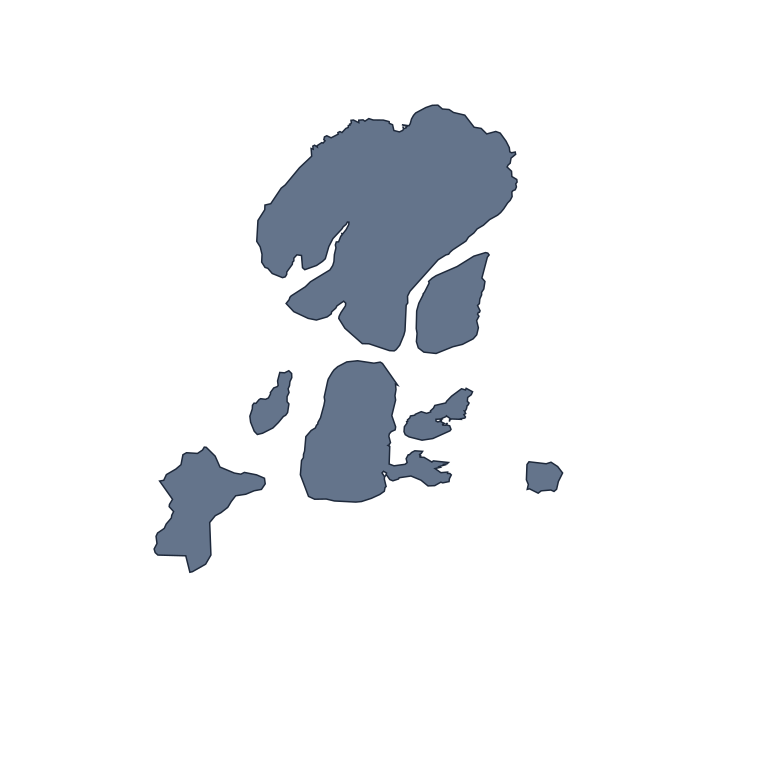 Skjervøy nor, Troms, Norway, rotated 36°
{"feature_id": "86288312B92584171254866", "entity_name": "Skjervøy nor", "entity_type": "district", "adm_level": 2, "iso_a3": "NOR", "parent_name": "Norway", "parent_adm1": "Troms", "projection": "albers", "projection_center": [20.765, 70.027], "detail": "fine", "context": "isolated", "style": "filled", "palette": "slate", "viewbox_px": 768, "rotation_deg": 36, "n_neighbors": 0, "source": "geoboundaries", "source_scale": "gbopen_adm2", "svg_char_len": 6176}
<svg xmlns="http://www.w3.org/2000/svg" viewBox="0 0 768 768"><g transform="rotate(36 384 384)"><path d="M330.5,112.7L326.0,114.0L320.1,121.3L312.4,120.1L306.0,123.3L291.3,119.0L280.6,123.5L275.3,123.7L269.6,127.2L263.7,126.7L259.2,130.2L255.3,135.8L250.3,146.1L250.0,149.3L250.5,153.5L252.2,158.0L252.4,160.4L246.1,163.7L251.3,162.1L251.0,163.5L251.3,163.7L250.0,165.9L247.8,164.6L249.9,166.2L250.1,167.8L248.3,171.0L243.0,173.1L238.5,169.2L235.1,170.0L233.9,168.7L228.3,170.9L220.0,176.8L215.7,178.2L214.1,182.6L211.8,182.6L208.5,185.4L210.0,187.4L204.1,188.4L202.3,190.1L204.0,191.8L204.2,192.9L203.5,193.9L204.3,194.5L203.2,195.9L204.3,197.5L202.9,199.7L202.2,205.3L200.0,205.7L198.9,207.7L200.1,208.8L196.5,215.9L191.8,216.8L190.6,219.1L191.7,221.7L193.4,221.9L193.1,224.9L191.8,225.3L189.8,230.5L190.8,231.5L187.5,231.6L186.6,233.4L188.7,235.7L186.6,236.3L191.6,242.2L188.5,258.8L187.1,281.0L185.7,286.0L186.4,304.7L182.5,309.2L185.1,313.1L185.9,325.8L197.2,343.4L203.2,345.8L209.1,350.8L213.4,357.3L219.2,359.6L222.0,358.7L228.6,360.3L239.4,357.6L241.1,355.4L240.9,352.6L239.5,350.5L239.5,341.1L238.4,339.2L238.7,337.4L237.1,335.2L237.6,330.7L241.7,328.5L249.7,337.8L252.7,338.1L259.8,327.7L262.2,320.9L262.9,317.2L258.6,305.3L257.2,296.4L258.8,283.2L258.6,280.8L259.5,277.2L259.2,274.5L260.5,273.7L261.8,275.8L262.6,281.3L262.4,286.6L261.4,287.1L262.4,288.0L262.2,289.9L263.7,295.7L261.9,297.1L262.9,300.1L265.1,302.1L267.8,308.5L271.5,314.3L272.9,318.3L273.2,323.5L264.4,344.5L263.2,351.6L257.1,367.3L256.9,369.1L257.7,371.6L257.5,376.4L268.5,378.5L284.1,375.5L291.7,372.0L298.6,363.1L300.1,358.3L299.2,356.4L300.4,350.9L300.0,348.5L302.7,340.7L305.5,341.1L306.9,343.5L307.2,351.5L307.9,355.7L308.9,357.6L319.6,361.9L342.7,364.1L348.2,360.3L368.8,353.8L372.8,351.2L373.6,349.0L373.9,343.4L371.3,332.7L369.7,328.6L355.6,307.2L355.6,304.5L351.4,299.1L350.5,293.7L354.8,251.6L358.2,243.2L360.0,241.0L360.0,238.5L360.7,235.2L366.3,220.2L366.0,215.5L367.9,209.0L368.2,203.8L371.1,197.1L372.8,188.9L376.7,180.5L377.6,176.6L377.9,172.0L377.6,164.9L378.1,161.1L377.5,157.1L374.6,153.6L374.7,151.8L376.0,149.7L375.3,146.7L372.9,144.6L373.0,142.4L371.2,140.5L365.5,141.0L362.1,136.9L356.0,136.1L355.7,133.8L356.3,131.2L354.0,126.6L355.5,120.8L353.8,119.2L351.2,122.0L349.3,122.2L346.4,119.1L340.0,115.8L330.5,112.7ZM395.7,376.9L370.7,368.3L368.1,368.5L363.6,373.1L349.0,380.7L340.9,388.0L336.4,397.1L335.3,401.9L335.3,405.2L336.0,412.7L336.7,414.7L343.3,429.7L345.9,432.3L347.9,436.6L352.5,448.7L353.1,453.8L354.0,455.5L353.6,457.0L354.3,459.9L352.4,464.4L351.7,472.5L359.2,485.0L360.2,488.2L362.1,491.0L362.2,494.3L369.7,506.6L389.0,519.3L395.6,518.0L404.9,511.0L412.6,507.8L430.6,496.1L434.9,492.3L441.0,483.9L445.5,475.9L447.3,470.6L445.7,467.1L446.0,465.7L440.2,460.8L439.0,458.7L439.2,457.3L438.7,458.6L434.7,457.1L434.9,454.9L438.4,454.5L439.2,457.1L439.3,456.0L444.9,457.9L448.1,457.1L451.6,452.3L451.4,450.9L459.9,442.6L470.4,440.1L479.5,440.6L484.8,436.4L487.7,430.0L489.6,429.5L494.0,424.7L492.6,422.2L491.9,418.0L489.9,417.7L488.0,419.0L487.3,417.8L482.1,422.3L475.0,422.4L478.6,418.3L477.1,418.4L480.5,414.1L478.7,414.6L481.9,411.7L482.3,409.6L469.1,417.2L468.6,419.0L459.5,419.8L456.2,422.0L455.3,421.2L455.8,420.5L454.2,420.0L454.9,418.4L454.8,415.8L448.2,419.9L446.6,423.1L446.1,426.3L445.2,427.0L445.8,431.4L448.9,434.0L448.3,436.5L440.2,444.3L435.2,445.7L425.4,431.2L423.3,431.3L424.1,430.0L423.6,429.2L423.8,427.7L418.6,423.4L417.6,421.1L417.9,418.2L420.0,414.5L418.6,411.8L408.9,405.0L402.8,390.1L399.8,387.1L397.0,381.5L393.4,377.4L395.7,376.9ZM337.6,650.4L339.3,648.5L345.6,634.6L344.5,624.1L324.4,598.5L324.9,589.7L327.7,584.0L330.1,575.6L329.5,568.9L329.7,561.6L337.0,554.4L341.7,546.7L346.8,541.3L346.6,534.6L342.7,530.5L334.3,532.4L323.0,537.6L321.2,541.1L315.3,544.0L300.1,547.6L289.8,541.6L277.4,539.7L275.7,540.7L276.0,544.1L273.9,549.8L264.6,555.7L262.9,559.4L267.2,568.6L265.6,575.2L261.2,585.2L262.4,591.4L259.5,594.4L280.7,601.6L281.2,607.5L282.3,609.5L288.8,610.9L289.4,614.9L290.7,617.4L290.1,625.3L291.1,630.0L288.4,637.6L289.1,641.2L294.1,646.5L295.0,652.6L298.0,654.9L301.6,655.3L324.6,639.5L337.6,650.4ZM418.7,268.3L413.5,265.5L413.9,262.9L411.5,258.8L410.6,254.5L409.1,252.6L408.9,248.5L405.4,241.7L400.9,240.7L393.1,220.7L393.2,217.8L391.0,217.1L388.9,218.0L381.5,227.8L374.1,246.0L362.5,265.7L360.7,270.3L359.8,274.8L361.2,275.8L362.8,285.9L362.7,288.3L363.2,288.6L364.7,298.2L367.5,305.7L377.5,320.2L381.0,323.6L385.3,330.7L390.5,334.6L397.5,334.8L408.2,328.7L417.8,313.4L424.2,305.8L429.6,295.0L430.1,289.7L427.3,283.0L421.7,278.3L421.0,273.3L418.6,272.5L418.3,270.6L419.1,269.9L418.7,268.3ZM461.6,349.0L459.6,345.7L460.9,341.4L460.2,338.2L453.0,339.2L453.4,340.9L449.5,342.3L445.8,354.1L444.8,361.2L445.1,363.0L437.7,371.5L438.2,374.5L437.4,378.4L438.2,379.2L435.7,382.7L430.4,384.5L427.1,390.1L427.2,391.2L424.2,394.3L424.8,396.3L424.1,399.2L425.1,400.2L424.4,401.1L425.6,402.0L425.6,406.6L428.2,410.8L431.0,412.5L435.3,412.1L447.8,407.1L455.6,399.4L464.9,383.1L464.9,381.3L461.7,379.2L458.5,380.4L458.3,378.3L457.9,379.4L458.3,381.0L455.8,382.7L455.1,382.2L456.0,380.4L452.4,381.0L451.7,379.4L450.8,380.2L451.5,381.0L449.8,383.1L447.8,383.4L446.8,382.0L451.5,378.1L451.0,377.9L453.4,373.8L453.2,373.1L458.6,373.1L458.0,374.3L459.0,376.0L458.4,374.1L459.2,372.6L467.1,367.3L466.5,367.1L469.4,364.0L469.3,362.8L466.6,361.8L467.5,359.9L464.9,358.6L465.6,358.3L465.3,355.6L464.0,352.7L464.4,351.4L464.0,349.4L461.6,349.0ZM311.2,499.3L314.7,495.2L320.0,484.8L321.2,477.3L321.7,469.4L322.8,467.1L322.8,463.8L318.8,456.0L316.0,455.3L313.0,451.2L312.2,446.7L309.3,444.3L308.5,440.8L306.5,437.4L305.7,433.1L303.1,429.8L299.2,429.2L297.0,433.4L292.9,435.9L296.1,444.1L299.3,447.5L299.1,449.0L297.1,452.0L297.1,457.8L298.0,458.6L298.7,463.2L297.2,466.0L292.8,468.4L292.1,470.1L291.8,474.9L290.1,475.9L290.1,478.5L292.1,481.6L294.4,488.9L298.5,493.3L306.8,498.5L311.2,499.3ZM563.3,383.3L572.9,381.7L574.0,378.0L581.3,371.7L584.7,371.0L585.5,367.7L582.4,360.4L580.8,351.0L573.0,348.7L565.1,349.1L562.1,353.2L547.0,361.7L547.0,365.1L555.5,377.8L559.8,380.4L561.8,385.1L563.3,383.3Z" fill="#64748b" stroke="#1e293b" stroke-width="1.5"/></g></svg>